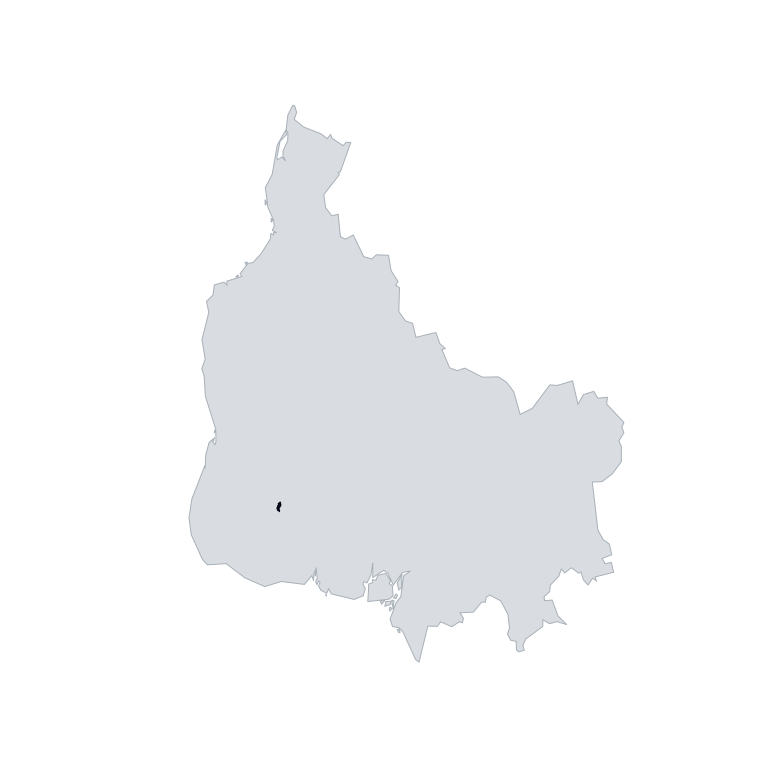 Flores do Piauí, Piauí, Brazil (highlighted), rotated 166°
{"feature_id": "56859067B16449263184435", "entity_name": "Flores do Piauí", "entity_type": "district", "adm_level": 2, "iso_a3": "BRA", "parent_name": "Brazil", "parent_adm1": "Piauí", "projection": "equal_earth", "projection_center": [-42.859, -7.648], "detail": "fine", "context": "in_parent", "style": "filled", "palette": "ink", "viewbox_px": 768, "rotation_deg": 166, "n_neighbors": 0, "source": "geoboundaries", "source_scale": "gbopen_adm2", "svg_char_len": 4157}
<svg xmlns="http://www.w3.org/2000/svg" viewBox="0 0 768 768"><g transform="rotate(166 384 384)"><path d="M240.7,153.3L246.7,160.4L254.3,157.0L256.7,161.5L261.0,155.1L271.3,148.6L273.5,142.4L280.1,139.0L280.7,135.0L273.1,133.6L271.3,116.9L264.9,106.3L273.6,111.6L281.4,111.4L286.9,116.8L288.6,110.3L308.2,102.3L312.5,96.8L312.3,91.7L318.1,91.5L319.8,93.9L318.0,102.3L323.0,104.7L324.7,111.6L321.2,116.9L319.5,130.7L323.2,145.3L332.4,153.6L336.4,152.4L338.4,147.7L341.9,148.8L352.4,141.1L365.6,143.6L363.6,137.4L365.7,133.3L368.3,135.1L376.9,132.1L386.6,139.5L390.8,135.9L400.0,138.5L417.3,105.7L420.0,109.1L425.7,139.3L428.6,144.0L434.4,146.6L435.0,154.3L425.2,168.8L419.2,173.5L411.2,193.3L403.4,196.1L411.6,196.7L423.6,186.7L426.0,199.4L429.3,203.3L441.7,198.9L438.1,213.2L442.9,201.8L448.6,195.2L451.5,197.1L452.8,195.1L451.6,189.9L455.4,183.6L465.1,182.2L485.9,193.1L487.3,198.7L490.2,194.8L495.1,199.1L496.4,203.9L493.9,207.1L495.0,208.8L497.6,205.6L498.2,208.7L495.8,211.9L494.3,221.6L497.6,217.6L499.9,210.3L500.4,215.5L509.7,208.8L531.4,217.2L548.7,216.3L565.8,229.5L580.6,247.9L599.2,251.3L602.7,258.0L607.5,284.5L605.5,301.6L598.2,319.0L578.0,347.5L578.0,345.2L574.2,358.1L567.9,369.5L564.9,371.2L562.8,366.1L561.0,368.6L558.2,380.8L560.3,415.3L556.6,435.1L557.1,443.0L551.5,451.2L549.9,471.0L536.7,495.8L536.2,507.1L528.4,511.7L524.6,521.2L514.5,521.5L512.4,517.9L511.6,521.8L496.0,522.8L496.8,526.0L487.0,533.8L481.4,533.7L471.7,540.2L459.5,551.9L457.3,557.4L455.1,555.3L454.3,557.8L451.5,556.7L455.2,560.1L452.3,563.7L451.5,569.9L453.9,583.3L451.6,603.3L441.7,614.6L429.8,641.6L418.3,653.7L417.9,649.7L426.1,644.7L433.1,629.9L433.2,627.3L428.3,628.9L425.3,624.2L426.9,628.9L425.7,634.4L418.6,643.4L416.5,650.5L417.4,654.5L412.3,668.1L405.1,676.5L403.3,675.3L403.1,668.6L407.1,662.5L400.0,652.9L384.5,641.9L379.7,635.8L375.5,639.0L374.9,634.8L366.0,625.2L362.1,627.7L357.8,626.4L375.1,600.3L377.3,600.5L376.7,597.9L396.6,582.3L398.0,569.2L393.9,559.8L387.4,559.8L390.7,537.4L386.4,533.9L377.8,536.0L372.8,512.4L365.5,508.3L360.2,511.2L348.5,507.8L349.7,492.3L345.6,479.9L348.8,477.1L345.7,473.6L352.1,450.7L348.0,440.1L341.6,435.9L341.7,421.6L321.2,421.4L320.0,409.5L316.0,403.7L319.5,403.5L316.4,383.8L309.8,379.3L301.7,379.8L286.9,366.8L271.5,363.3L264.8,356.2L260.0,345.1L259.3,321.6L246.0,324.5L223.3,343.0L216.3,340.7L200.3,341.5L200.7,317.4L193.0,325.5L182.3,326.1L179.9,318.5L170.4,317.0L172.8,310.6L160.5,288.6L163.6,284.8L163.1,278.6L170.0,271.8L168.8,266.2L172.5,251.2L184.2,241.6L196.1,236.5L205.6,238.5L211.8,190.6L209.1,180.1L204.1,174.3L204.3,163.3L214.6,162.0L212.8,156.0L206.6,155.9L206.7,145.8L225.8,145.7L225.6,141.6L228.6,145.2L234.7,139.6L237.9,145.9L238.3,153.9L240.7,153.3ZM431.0,174.0L452.3,176.8L447.2,193.6L443.3,194.0L442.6,196.9L439.5,195.5L436.1,199.8L428.1,199.8L425.2,191.3L427.3,189.2L424.7,186.2L426.5,176.4L431.0,174.0ZM412.9,194.3L416.2,182.2L419.5,180.6L419.3,188.0L412.9,194.3ZM436.9,168.1L434.8,172.6L430.0,171.5L430.7,168.6L436.9,168.1ZM429.6,163.1L428.8,172.3L426.7,171.4L429.6,163.1ZM440.2,173.9L437.2,174.4L435.8,173.7L439.5,170.9L440.2,173.9ZM426.4,174.2L423.3,177.3L422.0,175.7L424.2,173.0L426.4,174.2ZM432.1,166.1L430.6,164.2L433.2,162.4L433.4,164.1L432.1,166.1ZM430.5,142.3L428.7,142.7L428.3,139.4L430.0,139.2L430.5,142.3ZM454.8,591.6L454.1,588.8L455.4,586.3L455.9,587.0L454.8,591.6ZM488.8,532.7L489.3,535.8L487.2,535.1L488.8,532.7ZM453.4,571.8L452.4,570.2L453.8,568.4L454.3,569.1L453.4,571.8ZM497.0,215.6L495.7,219.0L497.1,214.1L497.0,215.6ZM563.8,371.7L561.7,372.7L563.0,370.0L563.8,371.7ZM501.6,524.0L499.5,525.1L499.1,524.5L500.4,523.0L501.6,524.0ZM560.3,377.9L559.5,379.8L559.0,378.6L560.3,377.9ZM491.4,191.8L491.5,193.7L490.9,193.4L491.4,191.8Z" fill="#d9dde1" stroke="#a8b0b8" stroke-width="1"/><path d="M517.7,289.1L517.6,287.3L516.3,286.0L516.1,286.5L516.2,288.7L515.6,289.5L515.3,289.6L514.8,290.0L514.4,290.5L513.6,291.3L513.5,292.3L513.5,293.5L513.4,293.4L513.3,294.0L514.5,293.8L515.2,293.6L515.3,293.3L515.4,292.7L515.5,292.6L515.8,291.6L516.3,290.0L516.8,290.8L517.1,290.1L517.1,289.8L517.4,289.9L517.7,289.6L517.7,289.1Z" fill="#0f172a" stroke="#020617" stroke-width="1.5"/></g></svg>